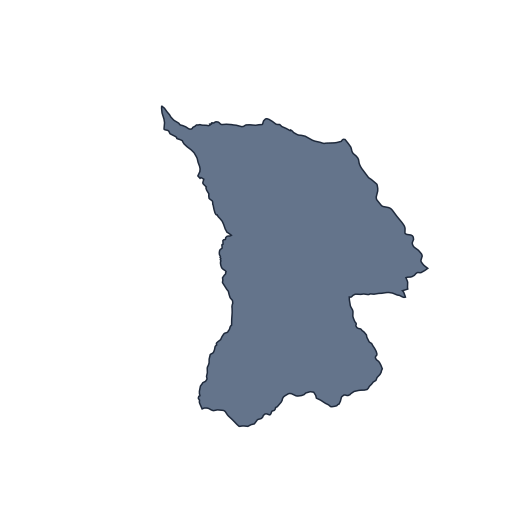 the district of Tenza, Boyacá, Colombia, rotated 316°
{"feature_id": "7082276B18084184900557", "entity_name": "Tenza", "entity_type": "district", "adm_level": 2, "iso_a3": "COL", "parent_name": "Colombia", "parent_adm1": "Boyacá", "projection": "equal_earth", "projection_center": [-73.43, 5.079], "detail": "fine", "context": "isolated", "style": "filled", "palette": "slate", "viewbox_px": 512, "rotation_deg": 316, "n_neighbors": 0, "source": "geoboundaries", "source_scale": "gbopen_adm2", "svg_char_len": 6161}
<svg xmlns="http://www.w3.org/2000/svg" viewBox="0 0 512 512"><g transform="rotate(316 256 256)"><path d="M401.0,234.1L400.1,232.9L399.5,232.6L398.5,232.5L397.0,232.8L392.8,230.4L390.9,229.0L384.8,223.5L383.1,222.3L382.2,220.9L381.2,218.9L378.1,214.2L377.0,211.9L374.6,204.0L372.6,200.9L370.7,198.7L370.0,197.3L368.8,193.3L368.9,191.4L368.5,189.4L367.7,189.6L366.2,184.9L364.5,180.9L364.4,177.9L363.0,176.5L362.4,175.8L361.9,174.8L361.3,170.7L360.3,166.9L359.5,165.3L359.0,164.6L358.4,164.2L357.6,164.0L355.2,164.1L352.7,165.5L352.2,165.7L351.6,165.6L349.3,163.6L346.5,161.7L342.7,157.3L340.8,155.6L339.9,154.8L339.0,154.5L337.0,154.1L335.6,153.1L332.7,148.3L330.7,145.9L329.8,144.6L326.2,140.6L322.7,137.7L322.1,136.5L322.1,134.7L321.9,133.5L320.9,132.1L320.2,131.5L319.5,131.2L318.0,131.0L317.1,129.9L316.5,129.4L316.3,129.5L316.0,130.1L315.5,130.1L314.6,129.1L314.4,129.0L314.3,129.7L314.0,129.9L312.4,129.3L311.1,127.5L308.1,124.4L306.9,122.5L305.3,121.5L304.4,120.5L303.6,120.3L302.3,120.3L300.3,119.7L299.7,119.6L298.8,120.0L297.5,119.7L296.4,118.6L295.9,117.5L295.2,114.3L293.8,111.1L292.6,109.2L292.5,108.4L292.7,106.8L291.4,102.0L291.2,100.9L291.3,96.7L291.9,94.4L292.2,90.1L292.8,86.1L292.4,82.9L292.1,82.8L290.7,84.1L287.8,87.8L284.9,93.6L282.8,96.6L278.4,100.4L277.9,101.1L278.2,102.0L279.5,103.9L279.9,104.7L279.9,106.1L279.4,107.2L279.1,108.4L281.1,114.2L281.2,115.6L280.7,116.4L280.7,116.7L282.3,119.7L283.1,121.9L282.6,123.1L282.1,125.4L282.3,129.4L283.1,134.6L283.2,138.6L283.0,139.5L282.0,143.4L281.5,144.9L279.4,148.4L277.7,152.3L276.3,154.5L274.2,156.3L269.8,158.0L269.7,161.3L270.9,161.3L271.0,161.5L271.8,164.5L268.8,166.2L268.2,167.0L268.1,168.2L268.2,171.8L267.5,172.1L267.1,172.5L266.3,174.2L265.7,176.5L265.3,178.5L263.7,180.0L262.3,181.9L262.3,182.8L262.8,185.9L262.6,186.6L261.8,187.7L260.9,188.6L260.4,189.8L258.2,193.2L256.5,196.4L256.0,198.2L256.4,199.7L256.6,199.7L256.2,201.0L256.1,201.7L256.1,204.3L255.8,207.6L254.6,210.9L252.6,215.2L251.6,218.9L252.0,219.9L252.7,224.0L252.1,223.9L250.9,223.3L250.3,222.8L250.0,222.4L248.8,221.7L247.0,221.7L245.8,222.7L245.4,222.8L244.1,221.9L242.9,221.9L240.7,224.4L240.4,224.6L239.5,224.2L239.0,224.5L237.4,226.5L237.0,226.8L234.6,226.5L233.3,227.0L231.7,228.3L230.6,229.7L230.3,231.1L230.0,231.7L229.2,232.0L229.0,233.3L228.6,233.6L227.9,233.7L227.3,235.2L226.5,235.5L225.4,236.5L224.2,238.3L223.3,240.2L223.1,240.7L223.1,242.7L223.7,245.2L223.6,246.5L222.4,247.0L222.2,247.4L221.5,247.8L219.9,247.8L216.8,248.4L215.3,250.4L213.9,251.4L213.4,251.9L211.8,259.7L211.6,262.1L209.9,265.0L208.5,267.8L208.3,268.9L208.2,271.3L207.9,272.1L206.4,273.9L204.8,274.7L203.4,275.8L202.3,277.2L199.4,280.3L194.7,284.5L190.4,288.8L189.4,288.7L188.2,289.0L185.8,290.4L184.1,290.6L183.4,291.0L182.3,291.0L179.6,289.7L178.6,289.7L175.5,290.4L172.4,291.6L169.2,291.2L167.2,291.2L166.5,291.6L165.9,292.7L164.2,292.6L163.6,292.8L161.0,294.6L158.9,295.6L157.5,295.8L156.6,295.6L156.0,295.3L154.6,295.1L150.7,297.6L148.0,300.3L146.0,301.4L143.8,302.2L142.9,302.9L139.9,306.2L136.8,308.2L135.6,310.1L135.0,310.6L132.6,311.1L129.8,310.2L129.2,310.3L128.5,310.5L125.6,311.0L121.3,314.0L119.7,315.7L118.8,317.4L118.5,317.6L117.4,317.2L116.1,317.9L115.5,318.6L115.3,320.4L113.7,321.8L113.1,322.9L111.0,328.6L112.4,329.1L113.4,329.6L115.2,331.4L116.1,332.9L116.9,335.7L117.7,337.3L118.1,337.8L121.4,339.9L125.1,344.2L125.6,345.1L125.8,346.5L125.1,350.3L125.0,352.0L125.3,357.3L125.3,363.9L125.5,366.7L126.0,367.3L127.9,368.6L129.1,369.7L131.8,372.9L135.3,373.9L138.2,375.6L143.1,374.8L144.0,375.0L146.5,376.4L147.4,376.6L149.0,376.5L150.5,375.8L152.6,375.9L153.6,376.5L154.2,377.3L155.3,379.6L156.0,380.0L157.2,379.8L159.0,378.9L159.6,378.8L160.0,378.8L161.8,379.7L162.5,379.7L163.7,379.4L164.8,378.6L166.6,379.2L172.7,378.6L174.5,378.0L176.0,377.0L177.8,376.5L179.3,376.6L183.3,377.5L184.4,378.0L185.8,379.5L187.7,384.5L188.8,385.8L191.8,388.0L192.9,388.5L194.3,389.1L196.6,389.1L200.8,391.3L202.9,394.1L202.1,397.8L200.7,400.2L202.3,404.5L203.6,410.2L204.8,413.5L205.0,416.1L205.8,417.1L208.1,418.7L210.0,419.8L211.7,419.7L212.8,420.2L215.8,419.1L218.9,417.2L219.8,416.8L220.2,416.8L222.7,417.1L223.7,418.1L224.5,419.5L225.3,420.3L227.2,421.0L228.6,420.9L232.5,421.6L236.6,424.1L238.6,425.7L240.6,427.6L243.2,429.2L245.0,429.1L247.0,428.5L249.9,428.5L252.8,428.1L255.8,428.8L258.7,427.5L263.0,427.3L265.2,426.6L266.7,425.6L268.5,424.9L270.0,421.3L270.8,418.5L271.0,416.9L270.6,414.5L270.7,413.8L271.0,412.5L271.4,411.9L271.9,411.6L272.4,411.3L273.7,411.3L274.2,411.1L275.0,410.4L276.2,408.1L277.1,405.0L277.8,401.3L278.4,399.3L277.8,396.9L277.8,396.2L279.3,391.4L280.6,389.5L280.8,387.4L280.9,385.3L280.5,383.4L280.7,381.8L280.4,380.8L279.3,379.2L278.9,378.1L278.9,377.2L279.2,376.1L279.4,375.5L280.8,374.6L281.3,373.9L281.4,372.3L281.9,370.7L283.0,368.1L283.8,366.6L287.0,363.5L287.6,362.6L288.0,361.7L288.8,358.6L289.3,357.3L292.7,352.4L294.6,350.3L295.7,351.5L296.4,351.7L298.6,351.7L300.8,352.4L301.7,353.2L304.7,356.4L307.1,358.1L309.8,361.6L310.4,362.1L311.9,362.6L314.3,365.4L318.5,368.3L320.2,369.9L324.4,372.9L326.1,374.4L328.4,377.4L330.5,382.2L331.9,384.1L332.7,386.6L333.4,388.2L334.1,388.9L334.9,389.4L335.3,388.7L337.1,384.6L337.2,382.7L342.2,385.2L343.2,383.8L346.9,380.2L347.5,379.0L348.8,375.7L350.3,376.5L352.7,378.6L354.1,379.3L356.5,379.9L359.0,379.7L360.2,379.9L361.0,380.3L362.4,382.0L363.2,382.6L367.4,383.7L371.0,384.2L370.5,381.0L370.3,379.2L370.4,377.4L370.8,374.8L371.6,373.7L375.5,371.5L376.4,369.9L376.6,368.2L376.8,364.7L375.9,359.6L376.0,358.2L376.4,356.9L376.9,355.8L377.8,354.9L380.9,353.5L382.2,351.7L382.4,351.0L382.5,350.1L382.0,348.5L379.3,345.0L379.0,343.6L379.1,342.9L382.2,339.9L383.0,338.7L383.6,337.2L384.0,335.2L384.3,332.9L384.9,325.3L385.9,317.7L385.9,316.1L385.6,314.6L384.9,313.1L381.8,308.7L381.4,307.7L381.3,306.4L381.9,299.7L382.2,298.7L383.4,297.1L388.7,293.8L390.5,292.0L392.5,289.1L392.8,288.2L392.7,287.0L392.1,281.1L391.4,277.8L392.8,266.6L393.2,264.7L393.8,262.8L394.6,261.0L396.7,257.9L397.3,256.2L397.5,253.6L397.1,250.0L397.3,248.6L397.8,247.2L399.3,244.7L399.9,243.3L400.5,239.1L401.0,234.1Z" fill="#64748b" stroke="#1e293b" stroke-width="1.5"/></g></svg>